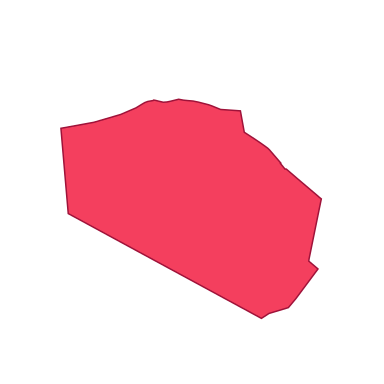 San Francisco Nuxaño, Oaxaca, Mexico, rotated 111°
{"feature_id": "50627088B26154437213444", "entity_name": "San Francisco Nuxaño", "entity_type": "district", "adm_level": 2, "iso_a3": "MEX", "parent_name": "Mexico", "parent_adm1": "Oaxaca", "projection": "equal_earth", "projection_center": [-97.347, 17.362], "detail": "fine", "context": "isolated", "style": "filled", "palette": "rose", "viewbox_px": 384, "rotation_deg": 111, "n_neighbors": 0, "source": "geoboundaries", "source_scale": "gbopen_adm2", "svg_char_len": 781}
<svg xmlns="http://www.w3.org/2000/svg" viewBox="0 0 384 384"><g transform="rotate(111 192 192)"><path d="M265.4,60.6L254.3,56.8L218.7,46.8L214.7,58.2L212.7,58.7L162.4,67.1L152.1,68.8L151.1,71.9L150.8,72.6L141.5,99.1L136.8,112.2L137.0,112.8L137.3,113.3L136.3,115.1L134.0,119.1L133.8,119.6L133.2,119.4L124.9,134.8L124.0,136.9L123.1,140.1L121.8,145.2L120.5,150.7L118.3,160.8L117.5,164.6L98.9,175.9L104.7,194.9L104.5,204.4L104.6,207.8L105.8,218.2L106.7,223.6L108.2,228.8L109.3,232.8L110.2,237.7L114.9,244.5L116.9,247.6L118.5,251.0L119.2,256.1L119.5,258.6L119.9,260.7L120.5,261.0L123.3,265.7L125.4,268.1L128.0,270.2L133.6,274.5L145.2,286.4L162.1,308.6L179.5,337.2L256.5,299.8L267.0,220.0L285.1,81.9L277.8,76.6L265.4,60.6Z" fill="#f43f5e" stroke="#9f1239" stroke-width="1.5"/></g></svg>